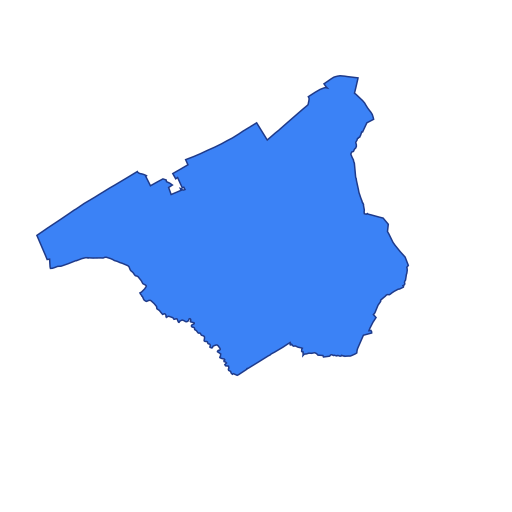 Cuautitlán Izcalli, México, Mexico, rotated 238°
{"feature_id": "50627088B3961407760868", "entity_name": "Cuautitlán Izcalli", "entity_type": "district", "adm_level": 2, "iso_a3": "MEX", "parent_name": "Mexico", "parent_adm1": "México", "projection": "orthographic", "projection_center": [-99.233, 19.658], "detail": "fine", "context": "isolated", "style": "filled", "palette": "blue", "viewbox_px": 512, "rotation_deg": 238, "n_neighbors": 0, "source": "geoboundaries", "source_scale": "gbopen_adm2", "svg_char_len": 6122}
<svg xmlns="http://www.w3.org/2000/svg" viewBox="0 0 512 512"><g transform="rotate(238 256 256)"><path d="M176.1,381.9L183.2,380.6L191.4,379.6L195.0,379.4L204.7,380.4L207.0,380.4L212.8,385.0L220.8,383.9L223.8,381.0L230.0,375.3L232.2,373.1L232.9,373.1L233.0,372.9L233.0,371.6L234.5,370.3L236.2,371.1L237.0,371.8L237.8,372.3L241.8,373.9L242.8,374.5L244.4,374.7L244.5,374.5L245.5,374.7L246.4,375.0L249.6,375.6L255.4,377.0L258.2,378.1L266.6,381.1L268.6,382.0L269.9,382.2L282.6,388.6L284.7,389.0L285.7,389.5L288.9,389.8L292.2,390.4L292.8,391.2L293.5,392.7L293.1,393.7L293.1,394.1L293.2,394.3L294.1,395.6L294.6,396.7L294.7,397.7L295.3,398.4L295.5,399.0L296.4,399.5L296.8,399.9L297.9,400.3L298.9,400.5L299.5,400.8L299.7,401.1L300.9,403.3L301.8,404.2L301.9,404.5L301.7,405.3L302.0,405.6L302.1,405.9L301.9,406.5L302.0,406.7L301.9,407.0L302.0,407.3L302.4,407.6L302.9,408.6L305.2,411.4L304.7,412.1L310.2,420.6L309.6,428.2L311.7,428.9L314.4,429.6L316.8,429.6L322.2,429.1L325.8,429.1L328.1,429.2L331.0,428.8L340.0,426.5L341.9,425.8L345.7,429.7L352.3,436.3L353.0,436.9L359.7,428.6L361.6,426.4L364.3,422.8L365.3,420.5L366.0,418.3L366.4,416.7L366.4,413.2L366.0,404.9L362.2,405.1L360.8,405.4L361.7,404.5L362.3,403.5L362.6,402.3L363.3,398.6L363.5,393.2L363.4,384.8L361.8,384.6L361.1,384.3L359.4,382.9L358.3,381.8L357.3,380.9L356.9,380.5L356.6,379.9L355.6,372.8L352.3,352.1L350.5,341.3L350.1,337.7L348.4,327.0L368.6,327.1L368.7,316.6L368.8,311.2L368.6,306.2L368.6,298.4L369.1,292.4L369.4,286.3L370.2,278.5L371.3,270.9L372.2,263.2L373.3,256.1L375.0,247.4L369.4,246.6L370.0,229.1L364.0,228.8L364.1,231.1L352.9,229.6L352.6,231.2L350.0,231.0L350.4,229.3L350.8,228.8L351.2,228.6L352.5,228.3L353.4,227.6L351.4,227.3L353.1,216.6L360.4,218.2L360.5,222.7L363.4,221.5L366.5,219.5L368.1,220.1L370.7,217.9L371.1,211.8L371.5,203.7L382.1,204.7L382.1,205.6L382.6,205.4L384.5,204.1L385.9,202.9L387.5,201.2L388.6,200.5L389.9,200.0L390.5,200.1L390.6,195.1L390.7,187.6L391.0,173.3L391.2,168.1L391.3,155.1L391.3,150.3L391.6,138.1L391.2,128.3L391.3,126.0L391.0,120.0L390.6,109.6L390.2,94.5L389.6,81.1L367.6,77.7L363.7,77.0L362.7,79.3L355.9,75.6L354.4,75.1L353.5,76.8L353.0,78.7L352.3,82.3L350.7,85.2L350.2,87.3L349.0,92.6L347.5,100.9L347.2,101.1L346.1,106.8L344.9,110.5L343.9,112.1L343.4,112.3L343.2,112.6L343.4,112.8L340.7,116.6L336.8,123.1L335.3,125.3L335.0,127.1L334.4,128.3L331.0,131.2L329.0,132.6L327.2,133.5L325.1,135.4L322.4,137.2L320.7,138.7L315.7,142.2L314.1,142.6L311.6,142.1L310.1,142.0L307.6,142.8L306.4,143.0L304.7,143.0L303.4,143.2L302.9,143.5L302.4,144.1L301.1,145.0L295.8,145.6L292.8,145.4L292.3,145.5L290.1,146.8L289.2,147.1L288.6,147.0L288.1,146.3L287.1,144.1L286.1,139.8L286.2,138.0L284.8,137.9L283.3,138.1L282.5,137.9L281.8,138.2L279.1,137.8L277.8,137.8L276.1,138.6L275.5,139.1L275.1,141.7L274.4,142.9L273.6,143.3L269.7,144.4L265.9,144.9L263.8,144.0L262.8,144.4L261.0,145.2L257.4,145.6L255.9,145.9L255.7,147.5L255.5,147.9L255.2,148.1L254.5,148.2L253.4,148.3L252.2,147.5L251.7,147.5L251.8,147.7L251.4,148.3L251.4,148.8L251.4,149.4L251.3,149.8L250.4,150.7L248.0,152.6L247.2,152.9L245.8,152.9L245.4,153.8L245.1,155.1L244.4,155.7L241.4,155.2L240.7,155.3L240.5,155.6L241.0,156.5L241.1,156.9L241.0,158.7L240.7,159.6L239.3,160.7L237.7,161.5L237.2,162.0L236.9,162.7L236.9,164.4L237.9,165.6L238.1,166.2L238.0,166.5L237.8,166.8L237.2,167.0L236.9,167.0L236.4,166.8L236.0,166.6L235.2,165.6L234.8,165.7L232.4,167.9L232.2,168.1L231.9,168.1L231.6,167.9L231.4,167.8L231.3,167.2L231.5,165.0L231.2,164.4L230.8,164.1L230.4,164.0L229.9,164.1L229.5,164.3L228.7,165.1L227.9,165.6L227.3,165.6L226.5,165.2L226.1,165.0L224.3,165.9L221.7,166.1L221.2,166.3L220.9,166.6L220.4,167.6L220.2,167.7L219.3,167.8L218.0,167.7L217.4,168.0L216.7,168.7L215.7,169.3L215.1,169.5L214.6,169.4L213.5,168.7L211.8,167.2L211.4,167.1L210.9,167.3L210.4,167.7L209.6,168.9L209.4,169.0L209.1,169.2L208.7,169.3L208.1,169.0L207.2,168.9L206.6,169.2L206.2,169.8L205.6,170.1L205.1,170.1L204.4,169.8L204.0,169.6L203.4,168.8L203.0,168.6L202.4,169.0L201.4,169.8L201.4,170.5L201.6,170.8L202.2,171.5L202.2,172.3L202.0,173.7L201.9,174.0L201.7,174.9L201.3,175.7L200.0,176.3L196.8,176.5L195.9,176.3L195.8,176.2L195.3,175.0L196.0,174.1L195.6,172.8L195.2,172.6L191.7,174.2L189.7,172.6L189.4,171.7L189.0,171.5L187.5,172.4L185.4,174.5L184.4,174.5L184.1,173.2L183.3,173.0L182.5,173.8L181.8,174.1L180.9,174.3L180.4,172.0L179.0,172.0L177.6,173.8L177.2,174.3L176.0,173.9L175.3,173.5L174.7,172.6L174.2,172.4L173.5,172.2L171.6,173.3L169.9,172.9L168.2,173.3L168.2,174.5L164.8,176.8L164.6,178.2L164.8,187.2L164.9,188.4L165.1,188.3L165.3,188.5L165.3,189.0L164.9,189.9L164.8,202.8L164.8,213.6L164.6,215.6L164.9,217.0L164.6,221.1L164.5,226.2L164.4,230.7L164.5,233.5L164.5,234.8L164.6,236.3L164.5,237.6L164.6,239.1L164.1,239.0L163.4,239.0L163.1,238.8L162.9,238.0L162.7,237.9L162.3,238.1L162.1,238.5L162.0,239.5L160.8,239.6L159.8,239.9L159.4,240.6L158.9,241.7L156.4,243.3L154.3,245.5L153.2,246.4L152.6,245.3L151.6,244.6L151.0,244.2L150.4,244.3L150.2,244.5L149.9,245.0L149.6,245.1L148.7,244.4L148.1,244.2L146.7,243.1L147.2,244.9L146.2,247.0L145.6,249.3L144.0,251.6L142.9,254.5L141.2,255.6L139.1,256.0L136.2,260.0L134.6,259.7L132.1,265.2L132.1,265.7L132.4,266.2L132.5,267.2L132.1,268.0L131.4,268.4L131.3,268.6L130.5,269.0L130.3,269.9L129.1,270.9L128.9,271.3L128.4,271.6L128.5,272.1L128.4,272.5L128.0,273.0L126.6,274.1L126.4,274.3L126.4,274.8L125.9,275.8L125.9,276.0L126.2,276.1L125.7,276.6L125.2,276.9L125.0,277.0L124.8,277.2L124.9,277.3L124.8,277.5L124.4,277.9L123.8,278.2L123.7,278.4L123.6,278.8L122.0,281.7L121.3,282.7L121.1,283.3L120.8,285.1L120.4,288.2L120.4,290.1L122.1,291.4L123.6,293.0L131.9,305.1L129.4,313.3L130.4,313.9L132.0,314.0L132.8,312.2L134.3,314.2L137.8,320.0L140.2,325.2L144.1,324.5L144.8,326.7L149.6,333.4L151.4,337.6L152.5,338.3L153.1,342.1L153.4,344.4L153.8,345.8L153.7,346.9L152.5,348.6L152.5,349.9L152.7,351.5L152.8,354.5L152.5,359.0L151.9,360.3L151.5,364.5L152.1,365.0L153.0,364.9L152.9,366.4L153.4,367.3L154.1,367.7L154.9,367.9L155.7,368.7L156.4,370.1L160.6,373.7L161.5,374.8L163.9,376.8L165.3,377.5L166.5,377.9L167.3,380.2L176.1,381.9Z" fill="#3b82f6" stroke="#1e3a8a" stroke-width="1.5"/></g></svg>